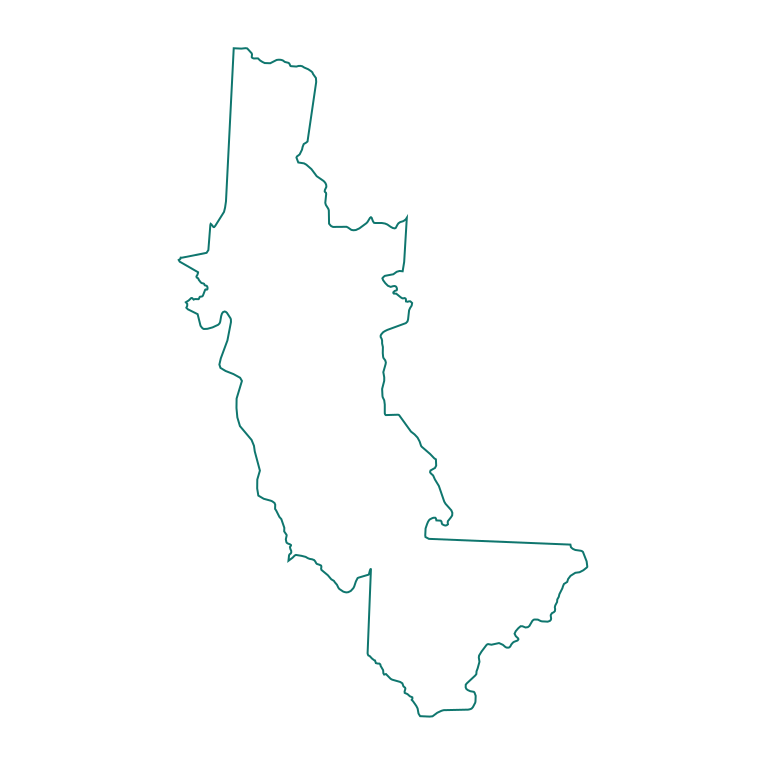 the Province of Central, rotated 92°
{"feature_id": "ZMB-516", "entity_name": "Central", "entity_type": "Province", "adm_level": 1, "iso_a3": "ZMB", "parent_name": "Zambia", "parent_adm1": "", "projection": "orthographic", "projection_center": [28.771, -13.872], "detail": "fine", "context": "isolated", "style": "outline", "palette": "teal", "viewbox_px": 768, "rotation_deg": 92, "n_neighbors": 0, "source": "natural_earth", "source_scale": "10m", "svg_char_len": 6119}
<svg xmlns="http://www.w3.org/2000/svg" viewBox="0 0 768 768"><g transform="rotate(92 384 384)"><path d="M533.9,337.5L535.5,337.2L537.2,333.7L538.0,192.1L540.5,191.5L541.3,190.7L542.3,189.3L543.2,187.0L543.8,181.3L544.2,180.2L544.9,179.3L554.2,175.3L559.1,174.5L559.7,174.5L560.4,175.0L563.2,178.3L565.3,182.0L566.0,186.2L569.2,190.9L572.5,193.2L575.4,194.0L577.6,197.2L580.0,198.1L581.9,198.6L588.0,201.4L590.6,201.9L593.3,203.3L595.8,203.4L599.3,205.1L601.1,205.5L603.0,205.1L605.0,205.3L606.1,206.3L607.2,208.2L608.9,209.2L609.6,209.3L612.6,208.8L613.8,209.0L615.0,210.0L615.8,212.1L615.7,217.9L615.4,219.2L614.1,222.0L614.1,225.2L614.4,226.3L615.6,227.5L620.8,230.3L622.0,231.8L622.4,234.1L621.3,237.1L621.3,239.0L623.3,241.2L626.4,243.7L629.0,244.8L631.4,243.5L633.6,241.0L634.6,240.8L635.7,241.6L637.1,245.0L637.9,246.1L639.9,247.7L642.0,248.7L642.9,249.7L643.2,250.8L643.1,252.4L642.6,253.5L640.5,256.1L638.9,260.0L640.8,267.5L640.3,270.9L640.6,271.7L641.3,272.5L648.0,277.2L652.1,279.5L654.1,279.7L658.3,278.9L665.0,280.5L667.9,281.5L670.7,281.6L672.1,282.6L680.2,290.7L681.6,291.8L684.3,291.8L685.8,291.1L686.9,289.7L688.0,287.1L688.5,283.5L689.2,282.8L692.4,281.5L697.9,281.5L699.3,281.7L703.7,283.8L705.1,284.9L705.5,285.4L706.1,286.9L706.5,288.6L707.9,313.1L708.6,315.2L710.7,319.3L714.4,323.9L714.8,327.0L714.7,336.3L712.2,338.0L707.1,339.1L704.6,340.5L700.2,343.8L698.7,345.3L698.0,344.8L697.0,344.6L696.1,344.8L695.2,347.2L693.1,349.7L692.0,352.5L690.6,352.7L687.8,352.0L686.8,352.3L685.5,354.0L682.5,355.2L681.2,357.4L679.2,365.5L678.4,367.1L673.8,371.9L674.4,373.7L673.2,374.5L670.0,374.9L665.9,377.5L664.4,377.9L663.6,378.8L663.6,380.6L663.2,382.4L660.7,383.3L660.7,383.7L658.9,386.3L656.4,388.8L655.8,390.2L654.8,390.7L653.7,391.0L569.6,390.6L569.5,391.0L570.5,391.5L574.5,392.4L575.1,392.8L578.5,402.9L578.9,403.6L582.3,405.2L587.4,406.7L589.1,407.5L592.0,410.0L593.3,412.5L593.6,414.4L593.3,416.1L592.9,417.5L590.4,421.5L589.2,422.5L586.3,424.0L583.9,426.2L582.5,427.2L581.0,429.9L577.1,433.4L572.0,440.0L570.8,440.4L568.9,440.2L567.7,440.5L566.9,442.2L566.2,444.7L565.6,445.4L563.6,446.6L562.4,447.7L561.7,449.7L561.4,452.1L560.7,454.1L559.5,456.3L558.6,460.5L557.9,466.1L558.6,467.3L560.8,469.3L564.0,473.3L558.5,472.9L557.5,472.4L556.5,471.2L555.4,470.8L554.0,470.9L552.2,471.8L550.2,472.3L548.7,471.3L548.1,471.4L547.6,472.2L546.6,474.9L545.9,475.8L545.2,476.1L542.6,476.7L538.9,476.0L538.2,476.1L534.8,478.6L531.2,478.6L522.6,481.9L520.5,483.9L514.1,487.4L512.6,488.5L508.4,488.5L506.7,489.3L505.2,491.5L504.6,493.0L502.9,500.2L499.9,505.7L492.8,507.1L483.9,507.3L474.9,505.0L455.9,510.8L450.3,511.8L444.5,514.4L431.1,526.5L422.5,529.4L413.1,530.6L403.7,530.8L385.9,526.1L382.8,528.0L379.3,534.9L376.5,542.8L373.6,548.0L370.3,549.2L364.1,548.0L345.9,542.0L327.4,539.1L324.7,539.3L323.7,539.7L318.3,543.5L317.4,544.7L317.1,545.8L317.8,547.4L319.3,548.4L321.8,549.1L327.6,549.9L329.2,550.5L330.6,551.8L333.4,557.3L335.0,562.4L335.3,565.9L335.1,566.6L334.1,567.9L332.2,569.4L320.7,572.7L316.2,582.6L314.7,584.2L312.8,583.4L310.9,583.4L309.2,584.9L307.4,582.2L304.8,579.6L304.9,578.6L306.3,577.2L305.7,575.9L305.7,572.4L305.4,572.0L303.6,571.3L303.2,570.9L302.9,569.0L302.1,568.1L296.0,566.0L295.7,565.5L295.9,564.5L295.7,564.0L295.1,563.7L293.4,563.8L292.1,564.6L291.6,566.6L290.2,567.3L289.9,567.8L289.5,569.7L288.9,570.6L286.4,572.7L284.9,573.4L284.1,574.9L283.0,575.2L281.4,574.3L279.3,573.7L278.8,573.7L268.9,592.4L267.2,593.5L266.1,591.9L264.8,591.6L264.8,590.2L259.1,565.9L256.3,564.2L231.1,563.1L230.0,562.8L230.5,562.1L233.1,559.9L233.1,559.2L231.9,558.2L217.6,549.9L213.3,549.0L207.0,548.3L53.7,545.9L53.8,538.2L53.2,534.1L53.4,532.4L58.1,527.8L59.2,527.4L61.9,527.6L62.7,527.0L63.2,525.6L63.0,521.3L65.0,519.1L66.4,516.7L67.4,514.4L67.4,508.9L63.9,502.6L63.6,500.7L63.6,498.5L64.1,496.5L65.6,494.3L66.4,490.6L67.1,489.8L69.4,488.6L69.6,488.1L69.8,482.6L69.1,480.4L69.0,478.6L69.3,476.8L70.5,474.8L72.1,470.7L74.0,467.7L75.0,466.5L76.7,465.7L80.6,462.7L84.5,462.3L144.3,468.9L145.4,470.1L147.0,472.6L149.9,473.6L152.6,474.1L157.5,476.3L159.7,479.0L160.8,479.4L165.6,477.4L166.3,471.6L167.5,469.3L171.8,464.0L178.7,458.5L183.1,451.6L184.1,450.5L185.5,449.4L187.1,448.7L189.0,448.5L192.1,449.8L193.5,450.0L194.1,449.7L194.9,448.7L196.1,448.4L205.0,449.0L207.0,448.4L210.8,445.8L212.4,445.2L225.7,444.5L227.5,442.9L228.1,442.2L228.8,440.4L228.2,426.9L228.9,425.4L231.1,422.0L231.4,420.0L231.1,417.5L229.3,414.0L223.9,407.2L222.6,406.1L218.5,403.8L217.8,402.9L218.4,402.1L221.6,400.8L223.2,399.7L223.4,398.7L223.2,391.6L223.6,388.6L224.5,386.2L226.7,382.8L227.8,380.6L228.1,378.7L227.6,377.7L224.3,376.1L222.9,375.2L221.6,373.4L220.7,370.7L220.1,369.7L218.7,368.0L217.0,367.0L261.3,368.1L270.7,369.3L270.5,372.4L271.4,375.2L274.0,378.5L275.9,386.9L276.9,388.1L278.4,389.3L280.3,388.5L283.2,386.2L285.7,383.5L286.7,380.7L285.9,378.3L285.7,376.6L286.3,375.3L287.3,374.7L288.7,374.3L289.9,374.6L290.6,376.5L291.9,377.8L292.6,377.9L293.3,377.3L293.3,374.9L296.8,370.3L297.7,368.7L297.8,367.9L297.4,366.6L297.7,365.6L298.4,365.1L300.7,364.9L301.0,363.3L300.5,361.9L300.5,360.5L302.1,358.7L304.7,359.1L307.2,360.6L309.5,361.5L318.7,362.2L320.8,362.8L322.4,364.3L329.8,382.5L330.9,384.6L332.2,386.6L334.4,388.4L335.6,389.0L337.1,389.0L339.0,387.9L340.7,387.4L343.6,387.3L347.1,386.4L353.2,386.3L357.0,385.8L358.1,385.4L360.3,383.6L362.4,382.9L364.1,383.1L372.2,385.1L377.3,384.0L380.8,383.9L389.0,385.7L396.1,385.1L397.3,384.8L400.3,383.2L404.6,382.5L413.3,382.2L414.4,381.8L415.0,381.1L414.2,368.8L414.6,367.8L430.6,355.4L433.3,351.7L436.4,348.6L440.2,346.4L444.5,344.8L445.4,344.1L452.4,335.4L456.6,331.1L457.5,329.5L463.7,329.0L466.1,330.1L468.8,334.5L470.4,334.9L471.6,334.2L473.7,331.7L477.6,329.8L484.0,325.6L499.4,319.7L501.6,318.3L507.9,312.3L510.4,311.2L513.0,311.3L515.0,312.5L518.9,315.4L520.2,315.5L522.0,315.2L523.0,316.5L523.3,317.6L523.1,318.8L522.2,320.8L521.4,321.3L519.4,321.8L518.6,322.6L518.5,326.9L516.7,327.4L515.9,328.0L515.9,329.6L516.3,330.9L517.6,333.3L518.5,334.2L520.2,335.2L522.6,336.1L526.9,337.4L533.9,337.5Z" fill="none" stroke="#0f766e" stroke-width="2"/></g></svg>